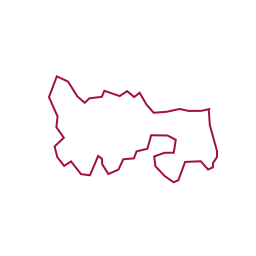 the district of Furkat, Ferghana, Uzbekistan, rotated 138°
{"feature_id": "79887680B57578382028963", "entity_name": "Furkat", "entity_type": "district", "adm_level": 2, "iso_a3": "UZB", "parent_name": "Uzbekistan", "parent_adm1": "Ferghana", "projection": "mercator", "projection_center": [70.733, 40.505], "detail": "fine", "context": "isolated", "style": "outline", "palette": "rose", "viewbox_px": 256, "rotation_deg": 138, "n_neighbors": 0, "source": "geoboundaries", "source_scale": "gbopen_adm2", "svg_char_len": 825}
<svg xmlns="http://www.w3.org/2000/svg" viewBox="0 0 256 256"><g transform="rotate(138 128 128)"><path d="M193.8,125.2L187.9,118.3L168.9,127.2L167.9,122.6L171.4,118.4L173.4,106.9L162.9,103.5L152.4,107.9L143.9,101.5L137.3,104.9L127.5,99.6L115.6,107.1L103.6,95.9L100.4,87.3L110.5,79.0L117.7,85.3L127.6,89.3L133.2,81.3L132.9,67.7L130.4,57.1L125.5,55.5L108.3,64.6L96.2,54.6L96.3,43.6L91.2,42.0L88.4,45.0L81.3,46.9L77.4,51.1L65.2,75.5L55.7,87.6L55.2,87.8L61.9,91.6L71.5,100.1L76.8,107.5L88.4,114.2L98.7,122.1L98.6,133.0L95.8,146.4L102.7,146.9L104.0,156.0L112.8,157.3L120.7,171.5L126.6,168.7L136.9,175.9L143.3,175.7L144.5,185.5L142.5,196.9L141.5,202.7L146.4,214.0L166.1,203.8L172.6,183.7L180.7,176.5L182.2,163.7L194.9,163.4L200.1,153.5L200.8,142.5L192.7,141.3L193.8,125.2Z" fill="none" stroke="#9f1239" stroke-width="2"/></g></svg>